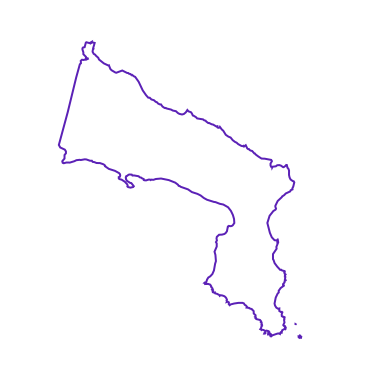 Yorke Peninsula, South Australia, Australia, rotated 285°
{"feature_id": "25037944B39877699410120", "entity_name": "Yorke Peninsula", "entity_type": "district", "adm_level": 2, "iso_a3": "AUS", "parent_name": "Australia", "parent_adm1": "South Australia", "projection": "albers", "projection_center": [137.377, -34.732], "detail": "fine", "context": "isolated", "style": "outline", "palette": "violet", "viewbox_px": 384, "rotation_deg": 285, "n_neighbors": 0, "source": "geoboundaries", "source_scale": "gbopen_adm2", "svg_char_len": 5967}
<svg xmlns="http://www.w3.org/2000/svg" viewBox="0 0 384 384"><g transform="rotate(285 192 192)"><path d="M272.7,50.5L237.0,51.3L203.0,51.2L200.9,53.2L200.0,58.2L198.6,59.7L196.8,60.2L194.7,59.3L191.3,60.2L188.4,58.8L187.6,58.9L187.2,59.6L186.7,59.7L186.6,60.7L188.0,63.1L188.8,66.4L191.3,70.4L192.8,72.1L194.0,75.1L194.1,76.3L195.8,79.9L196.1,81.5L195.8,85.5L196.3,87.2L195.4,88.2L195.6,89.9L195.3,92.3L196.1,95.6L195.9,98.8L195.5,100.4L194.9,101.3L194.4,101.3L192.8,105.7L192.5,112.1L191.4,116.6L190.6,117.8L189.4,118.4L188.1,118.4L187.4,117.4L186.1,117.8L185.7,118.6L185.7,120.8L184.5,124.5L182.6,127.5L181.3,128.3L180.6,128.2L180.2,129.0L180.3,131.5L181.6,133.9L182.5,134.3L184.9,131.1L184.8,129.9L185.9,126.4L187.3,124.9L188.1,124.6L188.9,124.8L188.5,124.5L189.1,124.2L190.3,124.4L190.7,124.8L189.8,124.4L192.2,126.2L192.7,127.0L193.2,129.3L192.5,130.2L193.0,131.7L193.4,136.4L192.7,137.6L192.7,139.4L192.3,140.0L192.0,142.0L191.1,142.3L191.0,142.9L191.3,144.6L192.7,146.8L193.1,148.2L192.8,149.0L193.4,149.5L193.8,151.6L195.2,153.7L197.0,158.6L197.5,166.5L196.7,173.4L195.4,176.6L194.5,177.5L194.6,178.5L194.1,179.7L193.5,187.5L191.9,191.9L191.6,197.7L190.9,201.2L189.3,204.9L188.4,208.5L188.1,215.8L188.3,217.3L187.8,221.9L188.0,225.5L186.6,230.8L183.8,234.5L180.3,237.5L176.8,239.6L173.0,240.9L170.4,240.0L169.6,239.3L169.0,238.3L168.8,236.4L168.1,236.1L167.9,235.6L163.1,235.9L161.0,235.1L159.8,234.1L158.6,232.0L157.7,229.2L155.1,227.6L153.5,227.7L151.6,228.6L149.8,228.1L148.7,229.2L145.7,230.0L140.2,229.2L137.3,230.9L131.4,233.0L128.7,232.9L121.9,233.5L118.0,232.9L115.2,231.4L113.6,229.9L111.3,229.2L108.5,229.1L107.9,227.8L107.4,227.5L107.4,228.2L106.5,228.5L107.4,231.5L107.2,233.6L105.8,235.1L105.4,235.0L104.9,235.5L104.3,236.6L103.4,237.2L102.9,236.8L102.7,237.3L102.4,237.1L101.3,237.7L101.4,238.1L100.6,238.2L100.5,239.6L100.9,240.1L100.1,240.6L100.1,242.6L99.5,245.2L98.9,245.7L99.7,246.3L99.9,248.2L99.7,250.3L99.2,251.4L98.5,252.4L97.1,253.6L96.0,253.5L95.4,254.2L94.8,254.1L95.3,254.9L94.9,256.2L93.2,256.5L92.4,257.7L93.4,258.4L95.2,261.6L96.9,265.5L98.0,269.5L97.8,271.0L96.7,272.1L96.3,273.5L95.3,274.9L94.5,274.7L94.8,277.2L94.5,277.5L94.4,279.9L94.1,280.0L93.9,280.8L92.9,282.4L90.6,283.1L89.4,285.3L88.1,285.6L87.7,285.3L87.4,286.0L86.6,286.0L86.5,286.7L85.9,287.0L86.0,290.8L84.9,292.3L84.2,292.1L83.6,293.2L82.7,293.3L82.2,293.8L81.6,293.5L80.9,294.3L80.1,293.9L78.3,293.9L77.2,293.5L77.1,294.3L76.7,294.8L77.1,295.1L77.2,296.9L76.7,298.7L77.4,299.9L77.4,302.0L76.6,303.1L75.9,303.4L74.3,303.0L74.2,303.6L74.9,303.7L74.4,304.1L74.9,304.0L75.2,304.8L74.6,305.7L73.0,305.4L73.0,305.8L74.4,306.8L77.3,311.1L77.8,312.3L77.7,313.0L78.1,313.3L77.8,313.8L79.4,314.0L79.3,315.0L81.8,314.9L83.2,316.3L83.8,317.1L83.6,317.6L84.0,317.8L84.6,317.1L85.0,317.0L85.4,317.5L86.1,316.9L86.1,316.4L86.6,316.2L86.5,315.3L87.1,314.6L89.9,315.1L92.3,314.0L93.0,314.2L94.0,313.7L94.6,314.0L95.1,313.7L94.8,312.9L95.2,312.3L95.0,311.9L95.3,310.9L97.1,310.3L99.2,310.4L99.5,309.8L99.1,308.9L99.7,307.1L102.1,306.5L101.5,305.4L102.1,303.4L103.8,301.6L105.6,300.6L111.7,300.2L116.0,301.0L117.4,301.8L119.0,301.3L122.2,302.5L125.3,305.0L125.6,304.8L125.4,304.6L125.5,304.1L126.6,303.8L128.6,304.8L129.8,304.5L130.6,305.1L130.9,304.8L131.2,305.1L131.6,304.4L133.8,304.2L134.1,303.7L134.6,303.9L135.6,303.3L136.6,303.7L137.2,302.5L138.0,302.4L138.4,301.9L139.2,302.2L139.6,301.9L139.5,299.3L140.0,298.4L139.6,297.4L142.0,293.6L144.7,290.2L147.4,288.4L148.1,287.6L153.0,286.3L159.1,288.4L160.8,287.7L165.7,288.3L168.1,287.2L168.0,286.9L167.4,286.8L167.8,287.0L166.4,287.7L165.7,287.4L167.2,286.9L166.8,284.2L168.9,280.8L172.7,277.8L181.6,272.8L189.1,273.1L194.7,275.5L196.5,277.2L197.6,277.5L199.4,276.3L200.3,276.1L205.5,277.1L210.3,280.1L211.0,280.2L212.9,281.9L214.8,282.9L218.0,286.7L219.3,286.9L220.5,288.4L221.5,288.0L223.4,288.4L227.8,288.3L228.7,287.4L228.6,286.6L229.6,284.0L231.3,282.5L233.6,281.3L237.8,280.2L239.4,279.1L240.2,277.9L242.6,276.6L242.5,276.0L241.9,275.9L239.7,274.1L239.6,273.5L240.5,271.1L240.6,269.4L239.9,267.4L238.5,266.3L237.3,263.3L236.4,263.1L237.1,262.8L236.9,261.8L238.0,261.0L239.7,260.5L242.5,261.2L243.5,260.2L243.0,253.7L242.3,250.5L243.5,246.8L244.7,243.8L245.5,242.7L245.4,242.2L247.2,239.5L247.2,237.9L247.5,236.8L248.2,235.8L248.0,235.1L248.4,234.1L251.1,231.8L249.4,230.5L249.9,229.9L249.5,229.6L249.3,227.8L250.2,224.2L251.2,222.3L251.5,220.6L252.6,217.9L254.6,215.2L254.9,212.8L256.0,209.8L259.3,206.3L260.1,204.6L262.1,202.1L261.3,201.9L260.8,200.7L261.0,199.9L262.1,199.5L261.6,198.5L262.6,194.9L262.5,193.5L263.1,190.6L262.8,189.9L263.8,187.4L264.4,186.7L264.4,185.2L265.0,183.9L264.4,177.9L265.3,176.5L266.1,173.8L266.1,173.0L267.9,171.5L268.8,170.3L269.0,167.7L270.0,166.3L267.3,165.4L265.2,163.9L264.3,162.3L264.2,159.6L264.6,158.0L265.9,155.5L265.7,152.4L266.2,150.4L266.1,146.0L266.4,144.9L266.1,144.5L266.1,143.7L266.9,141.4L268.6,139.3L268.3,138.3L268.6,136.5L269.7,134.7L269.7,133.6L270.8,131.5L270.9,128.8L272.1,126.8L271.8,125.3L273.6,122.6L277.3,118.2L284.7,111.9L288.5,107.3L288.7,106.0L289.5,104.1L289.3,103.8L289.7,103.5L289.6,102.3L290.0,101.8L289.9,100.6L290.4,99.7L290.2,98.5L291.3,93.2L287.6,88.0L287.6,87.0L288.8,82.8L289.7,81.3L292.8,79.0L292.5,78.7L293.4,73.6L295.9,67.9L297.4,66.7L298.8,63.9L299.6,62.9L300.0,61.3L301.7,59.7L303.6,59.4L304.8,59.8L305.1,59.3L310.8,59.4L310.8,57.2L309.9,56.2L311.0,56.2L309.3,54.5L309.3,51.2L308.8,50.8L304.1,50.8L303.4,49.4L302.5,49.0L301.3,49.3L298.8,50.9L297.0,51.4L295.1,54.6L293.8,54.9L294.2,56.6L293.7,57.0L292.3,55.3L292.1,54.0L291.5,53.3L291.3,51.5L289.9,50.6L287.6,51.4L286.3,50.6L272.7,50.5ZM79.8,333.7L79.4,334.5L79.4,335.0L80.3,335.0L80.4,334.1L80.6,334.4L81.3,333.8L81.3,333.2L80.4,333.1L80.2,332.3L79.2,332.7L79.0,333.6L79.8,333.7ZM75.4,299.2L74.8,298.5L73.9,298.4L74.1,299.1L74.8,299.5L75.4,299.2ZM74.4,302.3L74.7,302.7L75.0,302.2L74.4,302.3ZM90.5,326.2L91.1,326.4L91.2,326.1L90.5,326.2Z" fill="none" stroke="#5b21b6" stroke-width="2"/></g></svg>